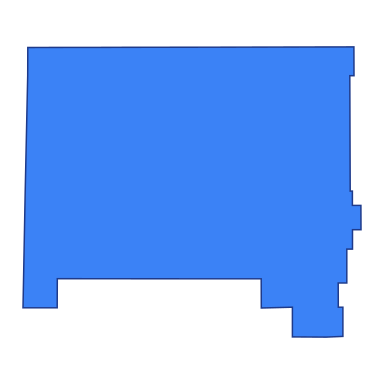 the district of Hill, Montana, United States of America
{"feature_id": "52423323B64046632400523", "entity_name": "Hill", "entity_type": "district", "adm_level": 2, "iso_a3": "USA", "parent_name": "United States of America", "parent_adm1": "Montana", "projection": "equal_earth", "projection_center": [-109.883, 48.566], "detail": "fine", "context": "isolated", "style": "filled", "palette": "blue", "viewbox_px": 384, "rotation_deg": 0, "n_neighbors": 0, "source": "geoboundaries", "source_scale": "gbopen_adm2", "svg_char_len": 567}
<svg xmlns="http://www.w3.org/2000/svg" viewBox="0 0 384 384"><path d="M353.9,46.9L306.9,47.0L213.0,47.2L126.5,47.3L96.5,47.4L82.9,47.4L71.0,47.4L27.8,47.5L27.7,75.6L25.2,191.6L23.0,307.8L57.2,307.8L57.3,278.7L204.4,278.8L217.3,278.8L261.2,278.8L261.3,308.0L292.4,307.2L292.4,332.1L292.4,336.9L326.2,337.1L342.9,336.4L342.9,307.2L338.3,307.2L338.2,283.0L346.8,283.0L346.8,249.1L352.5,249.1L352.5,229.7L361.0,229.7L360.9,205.4L352.4,205.4L352.4,192.8L352.4,191.1L350.2,191.1L349.8,75.7L354.0,75.7L353.9,46.9Z" fill="#3b82f6" stroke="#1e3a8a" stroke-width="1.5"/></svg>